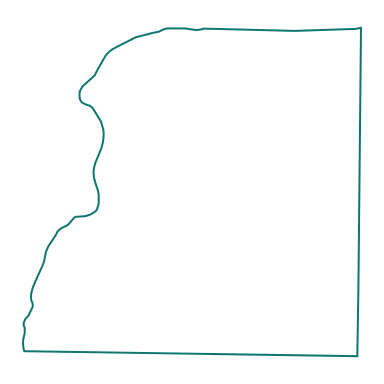 Hancock, Illinois, United States of America
{"feature_id": "52423323B89026869703767", "entity_name": "Hancock", "entity_type": "district", "adm_level": 2, "iso_a3": "USA", "parent_name": "United States of America", "parent_adm1": "Illinois", "projection": "equal_earth", "projection_center": [-91.372, 40.416], "detail": "fine", "context": "isolated", "style": "outline", "palette": "teal", "viewbox_px": 384, "rotation_deg": 0, "n_neighbors": 0, "source": "geoboundaries", "source_scale": "gbopen_adm2", "svg_char_len": 1119}
<svg xmlns="http://www.w3.org/2000/svg" viewBox="0 0 384 384"><path d="M361.0,27.8L355.5,28.9L294.7,30.9L203.5,28.6L202.6,29.2L196.5,30.1L185.0,28.4L168.5,28.4L165.6,28.7L162.7,29.7L158.9,31.7L152.7,32.9L135.7,37.3L117.1,46.7L112.0,49.5L109.1,51.8L105.8,55.3L97.7,69.4L94.7,75.4L82.5,86.4L80.4,90.0L79.7,92.0L79.5,95.2L79.8,98.7L81.0,101.4L82.9,103.1L86.4,104.7L90.0,105.8L92.0,107.4L93.5,109.4L100.6,120.9L101.3,122.4L103.4,130.1L103.7,134.4L103.5,137.4L103.0,141.8L101.2,148.8L95.6,162.2L94.6,165.4L93.7,169.8L93.5,172.4L94.0,177.7L95.8,184.3L98.0,190.6L98.7,195.3L98.7,202.8L98.5,204.4L96.9,209.7L95.4,211.3L93.4,212.8L89.8,214.8L85.0,216.2L76.0,216.8L74.5,217.4L72.4,219.7L68.4,224.4L66.8,225.5L61.2,228.3L58.1,230.8L57.3,231.8L56.5,233.8L54.0,237.8L48.4,246.1L45.9,252.0L44.2,260.9L43.0,264.6L35.0,282.2L32.8,287.7L31.2,293.4L31.0,295.6L31.1,299.5L32.5,303.3L32.8,305.1L32.5,307.2L28.7,315.1L28.2,316.1L26.7,317.4L25.3,319.0L23.9,322.5L23.5,324.3L23.8,325.8L24.7,327.7L24.7,333.2L23.2,339.6L23.0,344.2L23.4,347.6L24.3,351.2L357.3,356.2L358.4,288.9L361.0,27.8Z" fill="none" stroke="#0f766e" stroke-width="2"/></svg>